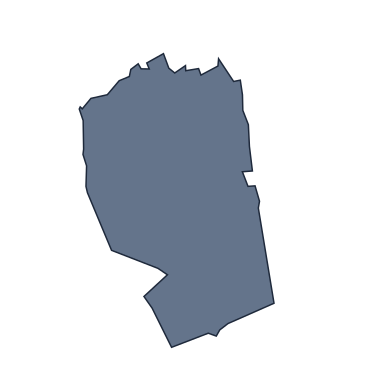 Williamson, Tennessee, United States of America, rotated 239°
{"feature_id": "52423323B14548385416818", "entity_name": "Williamson", "entity_type": "district", "adm_level": 2, "iso_a3": "USA", "parent_name": "United States of America", "parent_adm1": "Tennessee", "projection": "orthographic", "projection_center": [-86.823, 35.875], "detail": "fine", "context": "isolated", "style": "filled", "palette": "slate", "viewbox_px": 384, "rotation_deg": 239, "n_neighbors": 0, "source": "geoboundaries", "source_scale": "gbopen_adm2", "svg_char_len": 772}
<svg xmlns="http://www.w3.org/2000/svg" viewBox="0 0 384 384"><g transform="rotate(239 192 192)"><path d="M59.5,144.8L60.7,155.1L54.4,205.0L144.1,240.6L149.3,245.1L164.8,249.2L168.0,242.9L183.4,245.6L178.9,254.6L201.5,264.7L220.7,275.0L235.8,277.6L249.3,285.3L263.0,291.0L265.3,284.6L292.5,283.4L286.6,279.1L287.6,259.9L294.4,261.2L299.2,249.1L303.7,251.5L302.9,238.5L310.1,235.9L325.3,238.8L325.9,219.7L319.5,218.7L323.8,211.8L329.6,211.9L328.6,202.7L323.3,197.8L324.9,186.9L319.0,169.5L324.3,153.6L319.8,140.8L322.5,140.0L321.2,138.1L309.3,135.5L284.6,121.2L280.3,117.9L268.7,115.1L251.4,104.0L245.2,102.0L183.4,93.0L144.1,123.5L133.7,128.3L127.2,97.0L113.0,98.0L69.4,94.5L62.6,133.2L56.0,138.6L59.5,144.8Z" fill="#64748b" stroke="#1e293b" stroke-width="1.5"/></g></svg>